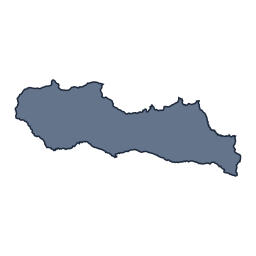 Cangallo, Ayacucho, Peru
{"feature_id": "86281439B34026517933599", "entity_name": "Cangallo", "entity_type": "district", "adm_level": 2, "iso_a3": "PER", "parent_name": "Peru", "parent_adm1": "Ayacucho", "projection": "albers", "projection_center": [-74.468, -13.505], "detail": "fine", "context": "isolated", "style": "filled", "palette": "slate", "viewbox_px": 256, "rotation_deg": 0, "n_neighbors": 0, "source": "geoboundaries", "source_scale": "gbopen_adm2", "svg_char_len": 5884}
<svg xmlns="http://www.w3.org/2000/svg" viewBox="0 0 256 256"><path d="M85.8,85.2L84.3,85.7L82.2,87.0L79.9,86.8L79.1,87.1L79.0,87.6L78.4,88.0L75.6,87.0L73.8,86.8L72.3,87.4L71.5,87.4L70.5,88.8L68.5,90.2L66.6,90.4L64.7,90.1L63.7,90.3L62.8,89.9L61.1,89.9L59.5,88.6L58.4,87.4L58.9,85.1L58.3,83.9L56.7,83.5L55.7,82.4L54.8,80.9L53.5,80.0L52.9,80.0L52.2,80.5L51.7,81.4L51.5,82.6L51.8,84.4L50.2,85.7L47.9,86.2L45.9,86.2L44.1,87.1L42.8,87.3L40.1,88.7L39.3,88.7L37.8,88.1L36.8,88.4L33.8,88.4L30.3,87.6L28.9,87.7L28.4,88.1L27.5,88.1L26.4,89.2L24.6,89.3L22.8,91.7L22.0,93.3L21.6,93.4L21.2,94.0L19.7,94.7L19.1,96.2L17.2,98.6L17.9,100.7L17.9,101.5L18.2,102.2L18.4,103.9L17.7,104.7L17.7,105.6L17.2,106.4L15.5,108.2L15.4,109.9L16.1,110.7L16.1,111.7L16.6,113.6L16.4,114.7L15.9,115.2L15.8,115.7L16.0,117.8L17.1,118.5L19.3,118.7L19.5,119.2L20.9,120.1L22.8,119.9L23.9,120.2L24.8,121.2L26.4,121.8L27.9,123.5L28.3,125.4L28.9,125.9L30.2,126.5L30.2,127.6L30.8,128.9L32.3,130.1L32.4,131.1L32.0,131.9L32.1,132.3L33.0,133.4L34.0,133.9L34.3,135.3L35.0,135.9L36.0,136.1L36.9,136.6L38.4,136.1L38.9,136.3L40.3,137.9L41.4,138.8L42.6,139.3L43.7,140.6L44.1,141.5L44.7,142.1L44.8,144.0L46.1,146.0L46.1,146.4L47.0,147.6L48.0,147.4L51.0,148.0L51.4,148.3L51.3,148.9L53.2,149.6L53.6,150.3L54.0,150.0L54.4,150.4L54.9,150.5L55.3,150.2L55.6,148.8L56.2,148.8L56.8,149.3L58.1,148.0L59.3,149.1L59.9,148.7L61.3,149.0L61.9,148.6L63.2,148.3L64.4,148.5L64.7,148.9L65.2,148.9L65.9,149.4L66.5,148.9L67.2,148.9L68.0,148.4L68.9,148.7L69.8,148.7L70.5,148.1L71.3,148.2L72.4,147.5L72.7,146.2L74.5,146.5L77.5,142.7L78.0,142.7L79.3,143.7L79.6,143.2L79.6,142.2L80.1,141.7L81.8,142.6L84.0,141.4L85.2,141.9L86.6,141.5L87.3,141.8L89.4,143.8L90.3,143.9L91.5,145.7L93.1,146.7L94.6,147.4L96.3,147.6L98.2,148.6L99.0,148.5L100.4,149.3L102.0,149.4L102.5,149.9L105.4,151.3L105.6,152.4L106.5,152.3L107.1,152.7L109.0,153.1L109.5,153.7L111.1,154.4L111.5,155.6L112.5,155.7L113.0,156.2L114.0,156.5L114.7,157.4L116.6,156.9L116.7,156.1L115.8,155.8L115.2,155.0L115.7,154.2L116.2,153.8L117.6,153.7L118.5,153.0L119.5,153.4L120.2,152.7L122.6,152.8L123.0,152.5L123.5,152.5L125.7,151.3L126.7,151.5L127.4,151.2L128.1,151.5L129.8,150.3L131.5,149.8L132.8,149.9L134.9,149.4L136.3,150.1L137.2,150.1L138.9,151.3L141.1,152.1L142.1,152.2L143.6,151.6L146.1,151.4L147.4,151.8L148.3,152.4L150.0,152.7L154.0,153.9L155.3,154.7L156.5,154.9L157.2,155.5L157.8,155.5L158.2,156.2L159.7,156.8L162.1,157.8L162.9,157.6L163.8,158.1L164.6,159.2L165.2,159.4L165.8,159.9L167.1,160.4L167.9,159.9L168.6,159.9L170.1,161.2L171.1,161.3L172.1,162.1L172.8,162.0L175.0,162.4L177.3,162.2L178.3,162.6L179.9,161.9L182.6,162.0L183.8,161.2L185.4,161.6L186.0,161.0L186.8,160.9L188.6,161.8L189.9,161.1L192.1,160.9L196.1,162.2L196.5,162.0L197.4,162.7L198.3,162.9L199.0,163.6L200.1,163.2L200.5,163.6L202.7,164.0L204.3,163.6L205.1,163.7L206.8,162.9L208.0,163.4L208.6,163.2L210.1,164.0L211.5,162.4L213.9,162.2L215.3,163.3L216.8,163.8L218.6,165.6L219.2,166.6L220.7,166.3L220.8,167.0L221.2,167.5L223.0,169.0L224.2,169.4L224.6,170.0L223.9,171.1L224.1,172.2L225.7,172.8L227.1,172.8L228.3,173.2L229.5,173.8L230.0,174.4L231.4,174.4L231.8,174.9L232.7,175.2L234.0,175.2L235.1,176.0L235.7,175.9L236.5,175.2L236.9,175.4L237.2,174.8L237.0,173.3L236.7,172.6L236.2,172.4L235.8,171.8L236.2,170.0L236.1,169.3L236.6,168.8L236.9,167.1L236.4,165.7L236.5,165.1L237.2,164.4L237.9,163.0L238.8,162.2L240.0,161.6L239.6,160.8L240.3,160.0L240.6,157.0L240.5,155.9L239.7,154.7L236.7,153.4L234.5,151.6L234.6,150.7L235.3,149.5L233.4,146.7L234.2,144.7L234.9,144.0L234.9,143.3L235.5,141.4L235.3,138.9L234.7,137.9L235.5,136.2L234.5,136.3L234.3,135.7L233.9,135.7L233.6,136.2L232.8,135.9L232.0,136.6L231.0,137.0L229.4,135.3L229.4,135.7L228.8,135.5L227.9,136.3L227.7,136.0L227.2,136.1L226.4,135.9L226.2,136.2L225.7,136.1L225.5,136.4L224.0,136.3L221.9,135.6L221.4,136.1L221.1,135.3L220.8,135.2L220.6,135.5L220.2,135.1L219.7,135.3L219.0,135.0L218.5,134.6L218.0,135.0L217.9,134.7L217.4,134.5L217.4,133.9L216.1,133.0L215.9,132.4L215.4,132.0L214.8,130.7L214.4,130.9L214.0,130.2L213.3,130.5L212.9,130.0L212.2,130.3L210.8,129.6L210.9,129.3L210.5,129.0L210.6,128.6L210.0,127.8L210.0,127.4L209.2,127.0L209.1,126.4L208.7,126.3L208.5,125.9L208.8,124.8L208.0,123.9L207.7,123.0L208.1,122.4L207.9,121.5L207.3,121.1L207.0,118.3L206.3,116.7L206.4,116.4L206.0,116.1L205.4,114.3L204.7,113.2L203.9,112.8L202.8,111.6L202.4,110.9L201.6,110.2L200.5,109.7L199.8,109.0L199.8,108.1L199.2,106.6L199.2,104.8L198.3,102.8L198.5,102.1L199.1,101.3L199.1,100.8L196.5,101.1L196.5,102.0L194.6,103.7L193.5,103.9L192.0,104.5L190.5,104.3L189.2,103.7L188.4,103.7L187.4,104.9L185.9,105.4L185.1,104.7L184.7,104.6L184.2,104.9L182.8,104.0L182.4,103.0L182.2,101.4L182.7,100.9L182.1,99.9L182.1,99.0L180.7,99.0L180.4,98.5L178.9,97.8L179.0,98.2L178.7,98.6L178.6,100.4L177.6,102.2L175.2,103.3L173.6,104.4L172.0,104.9L171.1,105.7L168.8,106.8L167.9,107.0L166.2,106.5L164.3,106.6L164.0,107.0L163.9,109.0L162.9,110.3L161.8,110.2L161.2,110.5L160.1,110.1L158.2,110.8L156.9,109.7L156.3,109.6L155.4,109.8L154.8,109.6L154.1,108.4L154.0,107.6L151.9,105.0L151.4,105.4L151.6,106.3L150.1,106.8L150.2,107.5L150.8,108.1L150.7,108.5L150.0,108.9L149.7,109.7L148.7,110.4L148.1,111.6L147.7,111.9L147.0,111.9L146.2,110.5L146.3,109.9L145.8,109.1L145.4,109.1L144.2,109.7L143.5,110.5L142.9,110.5L142.8,111.5L141.9,112.3L140.6,112.2L140.1,111.9L138.7,112.4L138.0,113.1L137.4,113.0L136.4,113.3L135.6,112.7L132.7,113.1L131.1,113.7L129.2,113.5L129.0,113.1L126.6,114.1L125.9,113.8L123.7,111.7L122.1,111.5L120.5,110.1L118.3,109.5L117.5,108.5L116.4,107.8L114.9,107.3L113.5,106.4L113.0,105.6L113.2,103.6L112.4,102.5L112.2,101.2L111.8,100.6L109.1,99.2L108.0,98.8L106.1,97.2L103.6,97.8L101.7,96.5L102.2,95.4L102.1,93.7L100.5,91.0L100.5,89.8L101.8,87.6L101.8,85.4L103.1,84.3L100.8,83.5L99.0,83.4L97.6,82.5L94.1,81.9L92.6,82.3L92.0,82.2L88.7,83.3L87.8,83.1L85.8,85.2Z" fill="#64748b" stroke="#1e293b" stroke-width="1.5"/></svg>